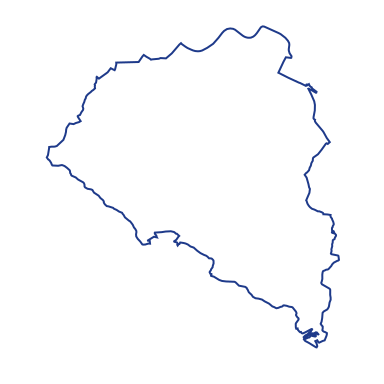 Catcau, Salaj, Romania (Equal Earth projection), rotated 177°
{"feature_id": "2599482B34343100803691", "entity_name": "Catcau", "entity_type": "district", "adm_level": 2, "iso_a3": "ROU", "parent_name": "Romania", "parent_adm1": "Salaj", "projection": "equal_earth", "projection_center": [23.786, 47.241], "detail": "fine", "context": "isolated", "style": "outline", "palette": "blue", "viewbox_px": 384, "rotation_deg": 177, "n_neighbors": 0, "source": "geoboundaries", "source_scale": "gbopen_adm2", "svg_char_len": 5770}
<svg xmlns="http://www.w3.org/2000/svg" viewBox="0 0 384 384"><g transform="rotate(177 192 192)"><path d="M195.2,341.2L196.8,340.0L204.9,331.5L211.0,326.8L216.4,327.4L218.2,326.8L225.5,326.5L226.0,326.3L227.1,327.3L230.4,329.4L233.0,331.4L234.3,330.1L238.5,324.6L260.9,325.2L260.9,323.5L261.2,322.5L262.4,318.5L262.9,317.7L266.7,319.8L270.0,315.9L279.0,310.1L281.0,312.0L281.3,311.7L281.3,309.9L282.1,306.3L283.4,304.8L283.6,304.4L283.3,303.4L283.6,302.3L283.4,300.6L285.3,299.0L286.7,298.2L287.9,297.1L290.6,295.2L292.1,293.8L292.9,292.5L293.3,290.9L294.1,289.9L294.9,287.5L295.9,285.6L296.8,283.4L296.2,281.0L296.5,279.7L298.4,277.3L299.8,274.8L301.8,274.1L302.2,273.7L302.0,272.9L299.5,268.6L301.2,267.7L304.3,267.0L306.7,266.0L310.7,266.8L313.8,262.7L314.4,260.9L314.7,258.6L315.6,255.5L317.7,250.8L324.6,245.0L326.7,244.5L330.2,244.6L332.3,244.4L332.4,243.3L333.9,236.4L335.2,234.1L334.0,232.2L332.7,231.1L332.0,230.0L331.1,228.3L330.6,226.7L330.0,225.8L324.3,225.2L320.8,225.7L320.1,225.6L317.9,224.6L315.6,222.7L313.1,220.2L312.8,219.5L312.6,217.2L311.9,216.1L311.8,215.3L311.3,214.6L307.3,212.6L305.1,210.4L300.1,207.3L299.4,206.4L299.0,205.1L299.0,203.0L298.5,202.2L296.2,200.7L292.7,199.9L291.4,199.3L289.9,196.5L285.4,193.2L283.8,190.8L281.4,188.6L280.6,187.3L280.6,186.0L279.7,184.3L277.9,182.4L276.1,182.0L271.6,180.3L270.7,179.3L268.3,178.1L265.9,176.3L262.9,174.9L262.4,173.8L261.5,172.7L260.3,170.2L256.4,166.6L255.5,166.1L254.5,164.8L252.9,162.4L251.8,159.6L250.7,158.2L249.7,156.2L249.6,154.9L250.1,152.6L250.0,150.5L248.6,148.0L246.3,145.3L244.4,142.3L243.6,142.0L241.4,142.0L238.2,142.8L236.6,142.6L236.8,145.7L239.2,145.6L232.4,149.3L229.4,148.5L229.7,149.2L229.9,150.4L231.1,151.9L231.4,153.0L231.2,153.4L224.3,153.5L220.4,153.9L215.2,153.9L212.1,153.0L211.2,152.3L210.3,151.3L209.3,151.1L207.1,148.8L207.8,148.2L210.2,145.1L212.4,143.7L212.3,143.3L211.9,143.1L209.8,142.5L209.3,141.9L209.2,141.3L209.5,140.1L209.1,139.3L208.0,140.7L207.3,140.7L206.4,142.2L203.0,141.5L201.1,140.9L198.9,139.8L196.4,137.7L193.2,136.4L189.9,133.1L186.7,130.5L183.2,128.5L181.3,127.7L179.8,126.5L178.5,124.9L176.5,124.7L175.6,124.3L174.4,122.9L174.1,122.2L174.2,119.5L175.1,117.2L175.4,115.7L176.9,113.9L177.4,112.6L178.3,111.7L178.6,111.0L178.0,109.4L176.9,109.1L176.9,108.5L177.4,107.6L177.3,107.2L174.6,106.3L169.5,102.8L166.7,101.6L162.7,100.9L154.2,100.1L153.2,99.5L150.0,96.0L143.9,94.5L142.5,93.5L142.4,92.9L141.6,91.7L140.5,88.9L137.8,86.1L136.7,84.2L134.2,82.6L131.0,82.0L127.7,80.9L125.2,79.0L120.9,76.5L117.7,73.5L116.2,72.9L114.2,71.7L113.6,71.5L111.8,71.8L109.5,72.7L108.3,72.8L107.4,73.3L106.8,73.9L106.1,74.0L103.4,73.4L101.0,72.4L98.4,71.9L97.6,71.5L94.6,67.3L94.1,66.2L94.0,65.1L94.5,64.1L94.5,63.3L93.2,61.2L92.4,60.5L92.2,59.9L92.3,59.0L95.0,55.6L95.3,54.9L95.4,51.8L95.3,50.8L95.0,49.9L94.6,49.9L93.7,50.2L93.4,48.7L91.9,46.8L91.4,46.4L90.8,46.6L90.5,46.6L90.0,45.5L89.3,45.0L88.7,45.0L86.5,45.8L80.1,48.8L79.5,48.9L79.2,48.6L79.5,48.0L80.4,47.5L80.5,46.6L80.9,46.0L82.0,45.7L82.8,45.1L84.1,43.8L86.4,42.8L88.1,41.2L88.0,40.8L87.0,41.0L83.9,42.4L80.7,44.3L79.3,44.6L77.5,44.5L75.7,45.4L74.7,45.2L73.2,43.3L73.0,42.5L73.8,43.5L74.5,43.9L76.1,43.6L76.3,43.2L75.9,42.3L75.8,41.7L76.2,41.3L76.6,41.2L78.8,41.8L78.8,42.0L78.0,42.4L78.0,42.9L79.1,43.6L79.9,43.7L80.4,43.2L80.1,42.4L81.3,41.7L82.5,40.6L83.6,40.5L87.8,38.8L87.1,37.7L86.4,37.1L83.5,35.4L76.4,30.5L75.7,30.3L75.0,31.4L75.1,32.3L75.6,34.4L76.7,36.6L74.7,37.4L73.5,35.2L72.9,34.9L69.3,36.4L67.3,36.9L65.2,41.4L64.7,43.2L64.7,44.1L66.5,45.2L67.6,45.6L68.6,46.4L69.0,47.0L69.0,47.5L68.7,48.4L68.5,50.7L68.8,51.3L69.6,52.0L69.8,52.8L70.4,53.6L69.4,55.7L68.6,59.2L67.9,64.5L66.7,65.8L63.0,67.7L61.7,69.5L61.2,70.7L60.4,74.5L59.2,77.1L59.1,79.3L59.4,82.0L59.1,86.9L59.2,87.6L59.9,88.4L67.0,93.0L67.6,94.1L67.6,94.9L67.2,95.6L66.4,98.3L66.2,102.7L65.8,104.8L65.4,105.9L64.9,106.3L63.8,106.6L62.1,107.4L60.5,107.5L59.7,107.9L56.8,110.8L55.8,112.4L54.1,114.0L50.7,115.6L49.5,115.9L48.8,116.5L49.1,120.4L49.5,120.9L56.0,122.6L56.5,123.2L55.7,125.8L55.8,127.5L54.8,130.5L54.8,132.5L54.2,134.0L53.9,136.4L53.4,136.9L52.2,137.4L51.6,139.1L50.7,140.3L50.4,141.3L50.5,141.7L51.5,143.0L54.1,143.9L54.4,144.3L54.3,144.7L53.9,144.9L53.1,144.7L52.8,144.0L52.4,144.1L52.2,144.4L52.6,145.4L54.1,146.2L54.2,147.2L54.1,148.7L53.4,149.6L53.3,150.4L52.2,152.1L52.1,152.6L52.5,154.8L53.5,157.3L53.6,158.1L54.7,159.6L55.0,160.9L54.8,161.8L58.0,162.5L61.9,162.9L61.8,163.3L62.3,164.2L63.5,165.0L65.8,166.0L67.3,166.1L70.6,168.0L73.1,169.0L75.0,170.7L76.2,172.3L77.3,174.3L78.1,177.2L78.4,177.7L74.8,185.0L74.1,188.9L74.8,190.5L75.3,193.8L76.8,200.4L78.6,203.3L77.1,204.9L76.1,205.5L74.0,207.6L73.1,210.3L72.3,211.4L71.7,212.8L71.4,214.3L70.4,216.0L69.8,216.8L69.5,219.0L69.1,220.0L64.2,223.1L60.4,227.4L55.8,233.2L54.9,233.6L53.9,232.9L51.8,234.6L54.6,238.9L57.5,244.9L58.3,246.2L64.8,254.8L65.5,256.2L65.6,257.4L65.4,257.7L66.5,258.6L66.8,259.2L66.7,260.4L65.1,267.0L64.7,272.5L65.2,276.2L67.9,283.4L70.4,289.0L70.1,289.1L68.1,288.0L63.0,284.6L62.7,284.7L62.4,285.6L66.5,289.0L67.1,290.4L68.0,290.8L69.0,292.0L69.6,293.6L70.8,292.8L71.0,293.1L71.7,292.5L72.2,293.1L72.9,292.1L78.4,295.2L79.5,295.6L89.9,301.1L99.5,306.6L93.8,317.3L91.2,321.6L86.1,320.7L85.8,320.9L85.5,322.4L87.3,325.5L87.9,328.1L87.9,329.5L87.1,333.8L87.2,335.7L88.3,338.0L90.7,341.1L95.2,345.0L97.2,346.2L111.2,353.4L112.7,353.7L114.1,353.2L114.8,352.6L118.9,347.3L120.8,345.3L122.6,344.0L125.0,343.1L126.2,343.0L128.5,343.2L130.6,343.9L131.9,344.6L133.2,345.5L140.5,351.8L142.4,352.8L145.3,353.3L148.5,352.9L151.5,351.2L153.5,349.3L157.5,344.6L163.1,338.9L169.2,335.2L174.4,332.8L176.5,332.3L178.7,332.2L181.4,332.6L183.5,333.3L185.4,334.2L188.9,336.0L191.0,337.5L194.4,340.2L195.2,341.2Z" fill="none" stroke="#1e3a8a" stroke-width="2"/></g></svg>